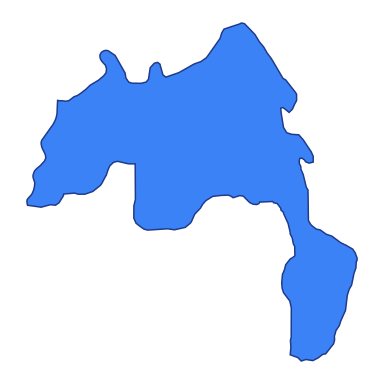 outline of Ixchiguán, San Marcos, Guatemala
{"feature_id": "79465075B80517752911806", "entity_name": "Ixchiguán", "entity_type": "district", "adm_level": 2, "iso_a3": "GTM", "parent_name": "Guatemala", "parent_adm1": "San Marcos", "projection": "equal_earth", "projection_center": [-91.922, 15.132], "detail": "fine", "context": "isolated", "style": "filled", "palette": "blue", "viewbox_px": 384, "rotation_deg": 0, "n_neighbors": 0, "source": "geoboundaries", "source_scale": "gbopen_adm2", "svg_char_len": 3008}
<svg xmlns="http://www.w3.org/2000/svg" viewBox="0 0 384 384"><path d="M334.6,340.0L334.4,336.1L335.3,333.2L335.9,330.7L339.3,325.6L340.8,320.9L345.5,310.4L347.3,295.3L349.2,289.2L351.6,285.1L354.0,273.3L355.9,268.1L356.3,261.4L357.0,260.7L357.1,258.1L355.2,252.9L352.8,249.2L346.1,245.3L340.5,242.6L332.0,236.2L326.2,234.2L320.0,229.8L316.5,229.2L313.0,226.6L310.8,224.6L308.4,220.5L308.0,190.0L306.3,187.3L303.2,174.5L300.9,169.1L300.8,166.4L299.3,163.5L299.3,160.1L299.9,158.3L302.0,158.2L304.4,159.9L305.8,161.9L309.1,163.1L313.2,162.1L313.2,156.2L311.1,151.6L308.1,147.2L303.3,139.9L298.8,134.8L291.6,134.3L286.7,132.7L283.5,127.4L281.3,113.8L280.7,108.2L283.0,107.5L289.1,112.4L292.4,109.2L294.5,104.4L296.6,100.5L296.6,94.4L295.7,92.7L285.7,79.9L283.0,78.4L271.6,59.0L270.5,57.5L267.2,53.1L263.7,47.0L259.4,41.9L255.0,34.6L249.4,28.7L244.4,23.6L241.4,23.0L239.5,24.0L231.5,26.6L224.0,29.1L221.7,33.0L220.1,38.4L208.1,55.4L206.3,57.8L200.9,61.6L194.1,64.0L178.7,72.7L165.9,77.1L162.9,74.8L159.9,64.1L157.7,62.4L154.3,63.2L150.2,67.7L148.5,79.2L146.2,82.0L141.3,83.3L132.1,83.2L128.7,82.1L125.9,78.0L125.1,73.0L115.1,55.4L108.4,50.9L106.9,50.4L105.4,50.4L104.2,50.7L102.2,51.7L101.3,52.5L100.1,54.4L99.9,55.9L100.2,58.2L101.1,60.2L102.2,61.8L105.4,65.2L106.5,68.8L106.1,72.7L103.6,75.9L98.5,80.2L90.0,85.3L85.8,89.4L80.3,93.6L77.6,95.4L73.9,96.8L71.1,99.0L68.7,100.7L65.8,101.2L62.5,100.8L59.2,100.7L57.6,100.4L57.2,108.6L57.0,113.7L56.1,117.9L54.8,121.1L52.8,124.9L51.3,126.8L48.0,131.5L44.1,137.0L41.8,140.2L41.1,142.4L41.2,144.2L41.7,146.7L42.7,149.3L45.1,154.0L45.7,156.7L45.7,158.1L44.9,160.2L44.3,161.3L42.6,163.1L40.4,165.5L37.4,168.0L35.7,169.6L34.4,171.2L33.5,173.6L33.0,175.4L33.1,177.7L34.2,180.9L34.8,182.9L34.4,186.8L33.7,189.7L32.7,192.4L31.9,193.9L30.8,195.5L29.1,197.2L27.6,199.0L27.0,200.2L26.9,201.6L27.2,204.1L27.6,205.3L30.0,205.6L41.2,207.2L50.4,204.7L55.6,205.2L59.1,202.7L61.5,198.8L63.4,195.8L63.7,194.0L67.6,193.7L74.7,193.1L78.1,194.2L84.9,194.2L92.9,191.4L100.2,185.5L101.0,184.6L102.1,182.9L105.3,176.8L106.3,175.2L108.0,169.8L109.8,165.8L113.6,162.3L117.5,161.3L128.3,163.8L135.2,163.9L135.4,199.6L133.9,205.7L133.8,218.1L136.1,223.3L140.5,226.7L143.7,229.0L147.6,230.1L167.7,228.8L174.4,229.8L185.2,227.4L190.2,223.3L191.3,221.9L194.7,214.2L200.4,208.2L202.6,204.4L205.9,200.6L212.7,196.4L220.3,195.5L228.1,195.1L230.5,195.9L233.1,197.7L239.8,195.6L243.4,196.2L245.0,197.9L249.6,202.5L252.8,204.1L256.4,204.6L258.8,203.7L259.7,202.1L272.6,201.5L273.7,202.8L277.2,203.5L280.9,208.5L280.9,210.0L283.1,212.0L284.1,214.7L288.1,223.5L290.1,232.0L290.2,234.0L292.2,237.9L293.4,244.1L294.7,246.4L294.9,255.8L293.0,257.3L290.2,259.0L286.8,263.3L285.7,264.8L284.6,269.2L283.5,272.1L282.5,274.3L281.7,282.8L282.1,288.1L283.6,292.8L289.8,301.0L291.3,307.9L291.2,337.4L290.4,340.4L290.9,347.1L290.2,354.8L297.9,357.6L301.2,361.0L306.0,359.5L312.9,360.6L318.1,357.9L322.8,354.3L325.6,353.9L331.2,346.8L333.6,343.8L334.6,340.0Z" fill="#3b82f6" stroke="#1e3a8a" stroke-width="1.5"/></svg>